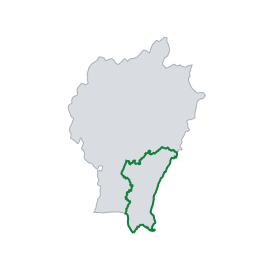 location of Brest within Belarus, rotated 288°
{"feature_id": "BLR-2338", "entity_name": "Brest", "entity_type": "Region", "adm_level": 1, "iso_a3": "BLR", "parent_name": "Belarus", "parent_adm1": "", "projection": "robinson", "projection_center": [25.618, 52.455], "detail": "fine", "context": "in_parent", "style": "outline", "palette": "green", "viewbox_px": 256, "rotation_deg": 288, "n_neighbors": 0, "source": "natural_earth", "source_scale": "10m", "svg_char_len": 8754}
<svg xmlns="http://www.w3.org/2000/svg" viewBox="0 0 256 256"><g transform="rotate(288 128 128)"><path d="M207.7,169.6L203.8,169.4L199.1,169.5L196.5,170.9L193.6,170.2L191.6,171.0L187.0,175.0L185.3,177.1L183.7,180.4L182.7,182.8L183.3,184.5L184.2,186.1L184.5,187.8L184.9,189.1L183.8,190.1L183.2,191.5L181.2,191.2L178.7,189.9L178.2,188.0L176.3,186.6L175.0,185.9L173.0,185.8L169.8,186.4L165.6,186.9L162.5,187.1L160.7,187.7L158.2,188.4L157.2,187.6L155.7,185.4L154.5,183.2L153.7,182.3L153.0,182.0L152.1,182.1L151.2,182.7L150.4,183.5L147.8,184.3L146.6,185.1L145.4,187.1L144.5,186.9L143.7,186.5L142.6,184.2L141.2,183.7L139.0,183.7L136.2,183.2L134.0,182.5L133.1,182.7L131.8,183.6L130.4,183.8L127.2,182.9L126.6,183.3L124.8,185.8L124.0,185.9L123.5,185.6L123.7,183.4L121.9,182.7L118.8,182.6L116.6,182.9L115.6,182.8L115.0,182.4L112.3,178.7L110.9,178.5L108.4,178.7L104.7,178.3L100.4,177.4L98.1,177.1L96.8,176.3L94.2,176.0L87.1,174.5L84.2,174.2L80.0,174.2L73.5,173.9L69.4,174.1L67.4,174.6L65.2,174.9L57.5,175.3L54.8,175.7L54.0,176.5L53.1,178.1L49.9,181.0L46.8,182.9L46.2,183.1L44.4,182.1L42.9,181.7L41.2,181.6L39.9,182.0L39.1,182.4L39.2,184.7L39.0,184.9L37.7,182.2L37.8,179.8L38.6,178.5L39.5,177.2L39.2,175.4L40.1,173.0L40.2,171.2L39.8,170.4L39.0,169.5L37.1,168.6L36.2,167.8L33.5,166.8L30.8,165.5L30.4,164.7L30.5,164.2L31.0,163.4L33.1,161.0L35.3,158.7L36.8,157.8L44.3,154.9L45.5,153.8L45.8,152.1L45.7,148.6L45.3,145.3L44.7,143.1L43.3,139.0L39.5,130.4L37.3,121.5L38.8,122.0L42.4,122.2L45.2,121.6L46.7,121.5L48.0,121.7L51.7,121.2L52.6,122.0L54.3,122.7L57.6,121.7L60.5,120.4L63.5,120.5L63.9,119.9L64.7,116.8L65.6,116.1L69.1,116.4L70.5,115.8L71.9,114.3L74.0,113.3L75.7,113.3L77.6,112.2L78.5,112.9L78.9,114.2L78.3,115.3L78.6,115.7L79.9,116.2L82.0,116.2L83.4,115.8L83.8,115.2L83.8,114.1L83.4,113.1L82.5,112.2L80.7,111.8L79.5,111.7L79.3,111.2L79.7,110.0L80.8,107.8L82.1,105.9L82.9,105.1L83.1,104.4L82.9,103.2L82.9,101.1L84.1,98.1L85.6,95.8L87.8,95.1L90.4,94.7L92.0,93.6L92.8,92.4L93.5,90.5L94.4,90.1L100.6,90.4L101.5,88.5L102.1,88.0L103.3,87.4L104.1,86.7L103.8,86.2L102.2,85.9L98.4,85.6L97.7,85.0L97.9,84.2L98.9,82.3L99.8,79.8L100.3,77.8L100.4,76.7L100.9,76.4L103.9,76.0L104.9,75.6L107.5,73.0L109.5,72.5L114.7,73.2L117.0,73.2L120.0,73.4L120.3,73.1L121.3,70.5L126.3,66.3L129.0,64.8L130.7,64.5L131.3,64.6L134.1,66.8L134.7,66.9L136.5,66.0L139.7,65.9L141.2,66.7L143.3,69.4L144.4,69.7L147.4,68.2L149.1,67.7L150.2,67.7L156.0,69.8L156.4,70.5L156.5,71.3L155.7,73.7L156.9,75.2L158.3,76.3L161.2,74.6L162.3,74.1L163.5,74.1L165.1,73.4L166.2,72.5L167.3,72.2L169.5,72.4L173.3,72.2L177.8,73.7L178.2,74.1L180.5,75.9L181.3,76.7L182.0,77.0L183.3,77.9L184.9,78.4L186.0,78.2L186.5,78.5L187.0,79.2L187.1,80.3L187.1,83.6L185.5,85.3L185.3,85.9L185.4,86.6L186.8,88.0L188.5,90.2L188.9,91.5L188.9,92.4L186.8,95.3L186.1,95.9L185.6,97.3L185.4,98.8L185.6,99.4L189.4,101.7L192.2,102.9L192.8,103.5L192.9,103.9L191.5,106.3L191.4,107.0L193.7,108.0L194.9,109.6L196.1,112.2L198.3,114.8L206.4,118.4L207.1,119.1L207.3,119.9L207.2,121.6L205.8,124.8L207.2,125.3L210.7,125.2L215.0,125.6L220.1,127.9L220.2,129.0L219.7,129.9L220.1,130.9L220.7,131.7L225.2,134.3L225.7,135.1L225.8,136.3L225.7,137.3L224.5,137.5L223.2,137.9L221.0,139.0L220.2,140.6L216.7,142.7L214.5,143.7L212.7,143.7L208.5,143.3L207.0,142.2L206.3,141.2L204.7,140.8L202.5,140.8L199.5,140.9L198.9,141.2L198.5,142.4L197.3,144.5L196.4,145.6L200.4,149.7L202.3,151.3L203.0,152.4L203.0,153.1L202.1,154.0L202.3,155.7L204.2,157.9L203.6,158.3L203.5,161.1L203.6,164.1L204.2,164.8L205.2,165.4L206.1,166.5L207.6,169.0L207.7,169.6Z" fill="#d9dde1" stroke="#a8b0b8" stroke-width="1"/><path d="M82.1,174.4L75.3,174.3L71.8,173.6L70.8,173.6L69.9,173.8L68.0,174.6L62.2,175.3L61.8,175.3L60.5,175.1L55.4,175.4L54.9,175.5L54.5,175.9L53.7,176.8L53.4,177.3L52.9,179.0L52.3,179.6L49.9,180.9L46.8,183.1L46.0,183.2L45.4,182.8L44.8,182.2L44.0,181.9L43.5,181.9L42.0,181.6L41.6,181.5L39.5,182.0L39.3,182.1L39.1,182.2L38.8,182.6L38.8,182.8L39.5,184.3L39.5,184.5L39.4,184.9L39.2,185.0L39.0,184.9L39.0,184.5L38.3,184.3L38.1,183.9L38.4,183.9L37.9,183.3L37.8,182.9L37.7,182.5L37.8,181.8L37.8,181.6L37.5,181.4L37.5,181.2L37.9,181.1L38.1,180.8L37.9,180.5L37.8,180.4L38.1,180.2L37.9,179.7L38.0,179.1L38.2,178.7L38.5,178.4L38.9,178.1L39.4,177.8L39.6,177.2L39.2,176.8L38.9,176.3L39.1,176.1L39.2,175.6L39.5,175.5L39.4,175.3L39.5,175.0L39.5,174.1L39.6,173.7L40.0,172.9L40.3,172.6L40.6,172.4L40.4,172.0L40.1,171.0L40.0,170.6L39.9,170.3L39.9,170.0L39.4,169.8L39.1,169.2L38.7,169.1L37.7,169.1L37.3,169.0L36.7,168.1L36.8,168.0L36.9,167.7L36.4,167.8L36.1,167.5L36.0,167.4L35.7,167.6L35.4,167.5L35.1,167.4L34.8,167.5L34.8,167.4L34.9,167.2L34.5,167.0L33.2,166.6L32.9,166.4L32.6,166.5L31.1,166.2L30.7,165.9L30.8,165.5L30.8,165.1L30.6,164.9L30.2,164.7L31.2,163.1L31.6,162.7L32.4,161.9L34.9,158.9L36.8,157.7L38.6,156.9L42.1,156.1L44.8,154.7L45.6,153.9L45.9,152.8L45.9,152.0L46.3,152.0L49.0,152.1L49.4,152.0L50.0,151.6L50.5,151.3L50.9,151.4L51.2,151.8L51.6,151.9L52.7,152.0L53.7,151.8L53.8,151.9L53.9,152.1L54.0,152.2L54.5,152.0L55.0,151.9L55.5,152.0L56.4,152.5L56.7,152.7L57.1,152.8L57.7,152.9L58.2,152.9L58.6,152.8L58.9,152.7L59.0,152.5L59.0,152.4L58.9,152.0L58.7,151.6L58.6,151.4L59.0,150.7L59.5,150.4L59.6,150.2L59.2,149.7L59.9,149.0L60.8,148.6L61.0,148.4L61.0,148.2L60.9,148.1L60.1,148.0L60.0,147.9L60.2,147.7L61.2,147.2L61.6,147.1L62.9,147.6L64.0,147.8L64.7,147.8L65.0,147.7L65.4,147.1L65.6,147.0L65.7,146.9L65.9,146.9L66.6,147.1L67.0,147.3L67.2,147.7L67.3,148.1L67.2,148.6L67.3,148.7L68.2,149.0L68.4,149.0L68.6,148.9L68.9,148.5L69.1,148.3L69.3,148.3L69.4,148.5L69.1,149.3L69.1,149.5L69.2,149.8L69.2,150.2L69.2,150.3L69.4,150.4L69.6,150.4L69.8,150.4L70.1,150.3L70.9,150.0L71.1,150.0L71.7,150.1L72.0,150.1L72.5,149.7L73.2,149.6L73.4,149.6L73.5,149.9L73.5,150.0L73.8,150.1L74.4,150.3L74.7,150.2L74.9,150.1L75.0,149.9L74.9,149.7L74.5,149.6L74.4,149.4L74.4,149.2L74.6,148.9L74.6,148.7L74.3,148.5L74.2,148.3L74.2,148.1L74.3,147.9L74.6,147.7L74.8,147.7L75.1,147.8L75.6,147.8L76.4,147.6L76.6,147.3L76.6,147.2L77.1,146.6L77.6,146.1L77.8,145.9L78.9,145.4L79.1,145.2L79.6,144.1L80.2,143.1L80.4,142.6L80.4,142.3L80.2,142.0L79.9,141.8L79.4,141.7L79.2,141.5L79.2,141.4L79.4,141.2L80.2,140.7L80.4,140.5L80.4,140.3L80.4,140.2L79.9,139.9L79.8,139.7L79.9,139.2L80.1,139.0L80.2,138.9L80.8,138.9L81.1,138.7L81.3,137.6L81.4,137.4L82.0,136.6L82.2,136.2L82.5,135.9L82.9,135.7L83.6,135.8L84.4,135.7L84.7,135.8L84.9,135.9L85.1,135.9L85.6,135.9L86.0,135.9L86.3,136.1L86.5,136.2L89.4,136.4L89.8,136.3L90.3,136.3L91.4,136.5L93.1,136.6L93.6,136.7L94.2,136.9L94.7,136.8L96.3,136.5L96.2,137.7L96.3,137.9L96.6,138.3L96.7,138.5L96.7,139.1L96.7,139.3L96.6,139.5L96.4,139.5L95.4,139.6L95.1,139.8L94.6,140.2L94.3,140.6L94.1,141.0L94.2,141.4L94.5,141.5L94.8,141.6L95.2,141.5L95.3,141.5L95.4,142.0L95.8,142.2L95.9,142.7L96.0,142.9L96.4,143.0L97.8,143.0L98.1,143.1L98.8,143.7L99.2,144.4L99.2,144.6L99.1,144.8L98.8,144.8L98.0,144.7L97.7,144.7L97.4,144.9L97.1,145.2L96.7,146.0L96.3,146.2L96.2,146.3L96.3,146.6L96.5,146.9L97.4,148.1L97.5,148.6L97.7,149.0L97.0,149.5L97.0,149.9L97.6,150.5L97.8,150.6L98.0,150.6L98.3,150.2L98.6,150.1L99.4,150.0L99.5,149.9L99.7,149.3L99.8,149.2L100.5,149.0L101.3,149.4L101.8,149.6L101.9,149.8L102.0,150.3L102.4,150.5L102.8,150.5L103.4,150.3L103.5,150.3L103.8,150.5L104.3,151.3L104.9,151.9L105.0,152.0L107.1,152.5L108.1,152.9L108.4,152.8L108.8,152.4L109.7,152.8L109.7,153.1L109.6,153.3L109.6,153.6L110.3,154.4L110.5,154.5L111.3,154.7L112.4,154.7L112.6,154.8L113.1,155.4L113.1,155.5L113.1,155.9L113.0,156.2L112.8,156.3L110.3,156.4L110.1,156.6L110.0,157.0L110.4,157.5L110.5,157.6L110.5,157.8L110.4,157.9L110.1,158.2L110.2,158.3L110.4,158.6L111.3,159.4L112.2,159.9L112.3,160.0L112.4,160.4L112.4,160.6L112.3,160.9L111.9,161.2L111.9,161.3L112.2,161.5L114.8,162.8L115.0,163.0L115.0,163.4L115.2,163.6L115.3,163.7L115.4,163.8L116.5,163.8L116.9,164.0L117.2,164.6L117.4,164.9L118.0,165.1L120.1,166.0L120.4,166.3L120.4,166.6L120.4,166.9L120.1,167.2L120.0,167.4L120.1,168.0L120.1,168.7L120.2,170.5L120.3,170.7L121.0,171.2L121.5,171.6L121.7,171.8L121.7,172.0L121.6,172.3L121.4,172.5L120.2,173.8L120.2,174.0L120.3,174.5L120.4,174.9L120.2,175.3L120.1,175.8L119.8,176.2L119.8,176.3L120.0,176.6L120.8,177.2L120.9,177.3L121.0,177.7L120.9,178.5L120.9,178.8L120.7,179.2L120.5,179.5L120.1,179.5L119.9,180.0L120.0,182.1L119.3,182.1L118.9,182.3L118.4,182.8L117.9,182.9L117.5,183.0L116.2,182.8L115.4,183.0L115.0,183.0L114.7,182.8L114.8,182.4L115.1,181.8L115.2,181.4L114.5,181.3L114.0,181.3L113.6,181.3L113.3,181.1L113.2,180.5L113.2,179.8L113.2,179.3L113.1,178.9L112.5,178.6L111.7,178.5L109.8,178.4L107.7,179.0L106.4,178.8L102.5,177.4L97.9,177.3L97.6,177.2L97.4,176.9L97.3,176.7L97.4,176.4L97.1,176.2L92.3,176.0L91.7,175.8L90.3,174.8L89.7,174.7L88.3,174.8L83.9,174.1L82.1,174.4Z" fill="none" stroke="#15803d" stroke-width="2"/></g></svg>